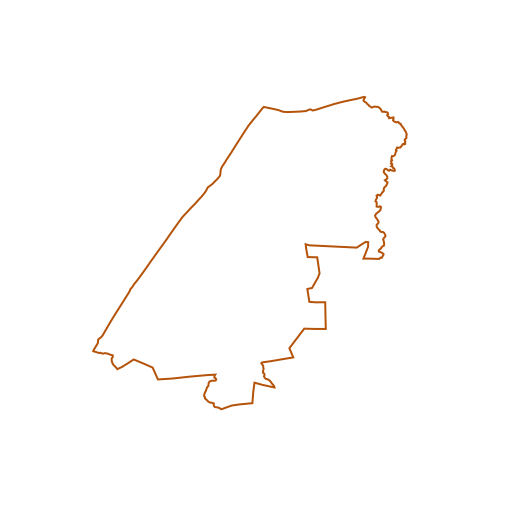 the district of Kapseret, Rift Valley, Kenya, rotated 66°
{"feature_id": "3690345B11020389245436", "entity_name": "Kapseret", "entity_type": "district", "adm_level": 2, "iso_a3": "KEN", "parent_name": "Kenya", "parent_adm1": "Rift Valley", "projection": "orthographic", "projection_center": [35.238, 0.421], "detail": "fine", "context": "isolated", "style": "outline", "palette": "amber", "viewbox_px": 512, "rotation_deg": 66, "n_neighbors": 0, "source": "geoboundaries", "source_scale": "gbopen_adm2", "svg_char_len": 5539}
<svg xmlns="http://www.w3.org/2000/svg" viewBox="0 0 512 512"><g transform="rotate(66 256 256)"><path d="M305.0,139.2L303.8,140.0L303.1,140.8L301.9,141.9L300.8,141.5L300.2,140.0L299.9,138.7L299.1,137.9L298.7,136.5L298.5,134.9L297.3,134.1L296.2,133.7L294.4,133.3L292.4,133.0L291.5,131.7L291.0,130.4L290.4,129.6L289.4,129.4L288.2,129.4L286.6,129.7L285.7,130.3L285.1,131.6L284.1,132.6L282.7,132.5L281.8,133.1L280.7,133.3L279.3,133.8L277.8,133.7L276.5,133.0L275.8,131.0L274.8,130.2L273.7,130.2L272.5,130.2L270.6,130.6L269.0,131.0L267.5,130.8L266.3,129.1L265.6,126.7L265.3,125.2L264.6,123.7L263.2,122.6L262.2,121.9L261.1,122.4L260.9,124.2L259.9,125.7L258.2,124.9L255.9,123.9L254.6,124.6L253.6,123.8L252.1,121.8L250.9,121.2L249.9,121.3L249.5,119.9L250.3,118.8L251.3,118.0L250.5,116.7L250.0,115.7L249.2,114.8L249.0,113.5L248.2,112.6L247.2,112.4L246.2,111.5L245.4,110.6L245.0,108.9L243.9,107.6L243.2,106.6L242.2,105.9L241.3,106.4L240.1,107.1L239.2,107.4L239.0,106.2L238.6,104.6L236.9,103.8L235.3,104.0L234.3,104.3L233.4,104.8L232.2,105.0L231.2,105.2L230.3,104.5L229.4,103.8L228.9,102.6L229.3,101.6L230.3,101.0L231.6,100.4L232.3,99.4L231.7,98.4L232.9,97.3L233.5,96.4L234.3,95.7L234.5,94.5L233.2,94.1L232.1,94.2L231.3,95.0L229.9,95.0L229.0,95.9L228.6,94.8L227.7,94.2L226.5,95.1L225.8,94.2L224.3,94.0L223.9,92.7L222.5,92.9L221.2,92.1L220.0,91.1L220.6,90.2L220.5,88.6L219.8,87.5L218.5,86.6L217.5,85.7L217.1,84.8L216.0,85.1L215.4,84.2L214.3,82.9L215.1,82.2L215.1,81.1L215.6,80.0L214.8,78.6L214.4,77.5L213.6,76.8L213.5,75.7L214.3,75.1L214.3,74.1L212.9,73.7L212.1,73.0L210.9,73.2L210.0,72.6L209.5,70.8L208.6,70.2L207.4,69.9L206.2,68.8L204.9,68.8L203.5,68.6L201.9,69.0L200.4,69.0L199.2,69.2L197.9,69.5L196.7,69.9L195.1,70.1L194.0,70.1L193.4,71.1L192.2,71.2L191.2,71.8L191.1,73.2L190.2,74.3L188.9,75.3L187.6,75.6L186.7,74.5L185.3,74.1L185.1,75.4L184.5,76.8L184.3,78.3L183.0,78.0L182.0,78.7L180.7,78.9L180.2,77.7L179.0,77.4L177.8,78.0L177.2,79.2L176.2,80.1L176.0,81.3L175.4,82.1L174.0,82.3L172.5,82.4L171.3,82.8L170.1,83.4L169.2,84.1L168.7,85.4L167.7,86.9L167.5,88.1L167.6,89.2L167.2,90.2L165.8,90.8L164.9,91.6L163.5,91.9L162.2,92.6L160.9,92.9L159.7,93.7L158.2,94.6L157.2,94.3L156.3,93.1L155.3,91.8L154.6,92.5L153.4,100.0L152.1,105.8L150.6,113.0L150.4,114.0L150.2,115.1L149.0,122.6L148.8,123.8L148.7,125.0L148.3,128.6L148.2,129.6L148.0,130.8L147.6,134.1L146.8,141.8L146.1,145.1L144.2,146.6L143.9,147.9L143.9,149.6L143.9,151.6L143.3,153.0L142.5,155.4L142.1,156.7L141.5,158.2L138.0,167.0L137.4,168.5L136.8,169.7L135.2,172.7L131.5,176.5L130.6,177.8L126.7,183.1L123.0,188.3L124.0,190.7L124.8,192.2L125.5,193.5L126.3,195.0L127.3,197.0L128.1,198.5L128.6,199.4L129.5,201.3L130.3,203.0L130.8,203.9L133.7,209.5L134.3,210.6L134.9,211.4L137.0,214.8L138.7,217.4L139.5,218.6L140.7,220.4L141.3,221.3L142.0,222.4L143.1,224.1L143.7,224.9L144.6,226.3L145.9,228.3L148.5,232.2L149.1,233.0L149.6,233.9L151.1,236.0L151.7,236.9L152.3,237.9L155.6,243.1L157.2,245.4L158.0,246.6L158.8,247.8L160.4,250.4L161.9,252.2L162.8,253.1L164.7,254.2L167.5,255.8L168.3,256.6L169.5,259.1L170.4,261.2L170.8,262.3L171.3,263.6L172.4,266.3L173.1,269.2L173.7,272.1L176.3,275.4L177.4,277.2L177.9,278.2L179.1,280.5L179.9,282.2L180.7,284.2L183.1,289.5L184.3,292.4L184.9,294.0L185.3,295.2L186.9,298.8L188.9,303.6L189.5,305.0L190.2,306.6L190.7,307.7L191.8,309.6L192.8,311.3L193.4,312.5L194.2,313.8L198.4,320.9L202.0,326.9L204.4,330.8L210.9,342.0L215.6,350.0L218.3,354.6L221.6,360.0L223.5,363.2L225.8,367.1L226.3,368.0L227.0,369.3L228.3,371.5L229.9,374.4L230.7,375.9L231.2,377.0L232.4,379.2L234.2,381.9L234.7,383.1L235.1,384.1L235.9,384.8L237.4,386.6L241.1,392.1L243.5,395.7L247.9,402.3L251.8,408.2L255.7,413.9L257.6,416.6L263.8,425.2L264.7,426.4L266.0,428.2L266.7,429.4L267.2,430.5L268.0,434.0L271.3,436.0L272.2,437.3L273.2,438.7L274.0,439.9L275.1,441.4L275.9,442.6L276.8,443.4L277.7,442.3L278.4,441.5L279.6,440.2L280.7,438.9L281.3,437.2L282.6,436.1L283.1,434.9L283.2,433.8L284.0,432.4L285.2,430.8L286.4,429.8L287.5,428.5L288.5,427.3L289.9,427.8L290.8,429.4L292.1,430.1L293.4,430.5L294.6,430.7L296.6,430.7L298.0,430.3L300.1,429.5L301.3,429.1L303.0,428.7L302.8,423.0L302.4,420.6L301.9,416.8L300.8,409.8L308.3,402.7L315.9,395.8L328.9,395.8L333.9,382.3L339.2,365.8L344.2,351.2L345.7,347.0L347.8,341.5L348.4,342.5L350.1,343.5L351.3,342.6L352.5,342.5L353.3,343.5L353.0,344.9L352.2,346.3L351.9,347.8L351.8,349.6L352.5,350.7L353.8,351.5L355.5,352.6L356.1,354.3L357.1,355.0L358.0,356.0L359.1,356.9L359.9,358.2L361.2,359.2L361.9,360.0L363.0,360.4L364.3,360.0L365.4,360.6L366.7,359.9L368.1,359.3L369.5,358.9L370.4,358.2L371.6,357.1L372.4,355.6L373.5,354.5L374.7,355.2L375.9,355.3L377.0,355.2L377.8,354.2L378.5,353.0L379.5,351.7L380.8,350.7L381.7,350.3L382.0,349.1L382.3,344.5L382.8,338.7L383.2,337.3L385.1,330.7L389.0,319.2L378.9,313.7L371.1,308.9L376.3,302.6L383.6,292.6L382.5,292.4L381.1,292.6L379.5,293.2L377.9,293.5L376.5,293.8L375.2,294.3L374.1,294.9L372.9,296.0L372.2,297.0L370.8,297.6L369.1,297.6L368.2,296.6L366.7,296.3L365.4,297.1L364.0,296.4L362.8,295.4L362.0,294.9L360.7,294.7L359.3,294.1L357.8,294.4L356.1,294.7L355.7,293.7L358.2,285.0L360.6,275.5L363.8,263.2L353.8,263.0L342.0,241.5L346.9,231.2L351.0,221.9L337.8,216.4L326.4,211.6L324.9,215.0L322.7,220.1L319.6,225.9L307.0,222.5L308.0,217.8L301.0,208.3L297.7,205.0L282.1,200.6L278.0,209.2L269.8,207.2L265.5,205.9L267.9,203.0L289.3,160.6L288.0,152.4L287.8,149.8L289.0,147.9L293.2,149.9L302.1,158.9L303.2,156.3L308.8,144.6L308.1,143.0L308.8,141.8L307.7,140.5L306.9,139.2L306.0,138.7L305.0,139.2Z" fill="none" stroke="#b45309" stroke-width="2"/></g></svg>